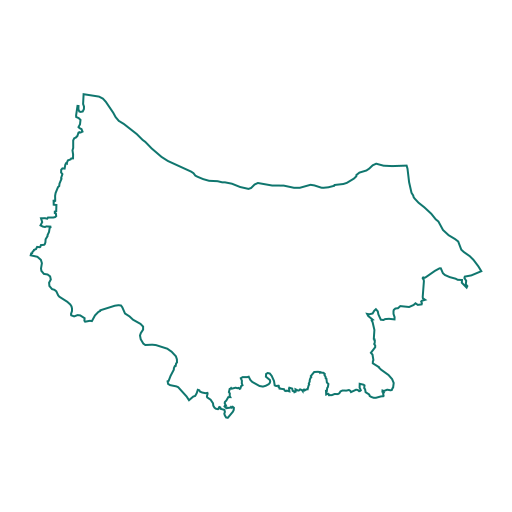 Rajbari, Dhaka, Bangladesh
{"feature_id": "16705992B48875454234518", "entity_name": "Rajbari", "entity_type": "district", "adm_level": 2, "iso_a3": "BGD", "parent_name": "Bangladesh", "parent_adm1": "Dhaka", "projection": "robinson", "projection_center": [89.601, 23.735], "detail": "fine", "context": "isolated", "style": "outline", "palette": "teal", "viewbox_px": 512, "rotation_deg": 0, "n_neighbors": 0, "source": "geoboundaries", "source_scale": "gbopen_adm2", "svg_char_len": 5996}
<svg xmlns="http://www.w3.org/2000/svg" viewBox="0 0 512 512"><path d="M481.3,271.2L478.4,266.4L473.5,259.9L469.8,256.2L463.8,252.0L461.3,249.7L458.2,241.5L455.1,239.1L448.6,235.2L443.0,230.0L438.4,221.5L435.7,219.3L431.3,213.8L424.3,207.3L418.5,202.7L414.5,198.4L413.6,197.1L413.2,195.5L411.5,192.8L409.1,182.2L407.5,168.7L406.6,165.6L392.3,166.1L383.6,165.7L376.2,163.7L372.7,165.3L369.1,168.7L366.4,170.5L359.4,172.6L356.4,175.0L356.3,176.3L353.9,178.6L346.8,182.9L343.3,184.0L334.5,185.0L334.2,185.8L328.3,187.3L323.3,187.8L321.4,187.7L314.3,185.4L310.5,184.8L299.8,187.8L294.0,187.8L283.7,185.6L272.0,185.5L257.9,183.0L254.6,184.5L251.1,188.0L248.5,188.9L240.1,187.0L231.9,183.7L224.8,182.3L222.1,182.3L217.6,181.2L209.1,180.8L203.1,179.1L197.4,176.7L195.3,175.6L193.5,173.2L191.1,171.6L167.9,161.0L161.5,156.9L151.6,148.4L145.3,141.9L142.6,139.9L136.8,134.1L123.9,124.0L118.8,120.9L115.6,117.1L113.2,112.7L105.9,101.9L102.9,98.6L99.0,96.6L83.6,94.2L83.1,104.0L84.0,106.6L83.9,109.1L82.7,111.5L80.6,111.9L79.3,111.5L78.4,109.3L78.5,106.0L77.5,105.9L76.1,115.3L76.2,117.0L78.7,118.1L80.5,119.9L80.0,124.3L78.5,127.1L79.6,128.2L81.5,129.1L82.5,131.6L80.6,132.5L79.7,132.6L79.3,132.2L78.5,132.6L77.3,136.2L76.5,136.6L76.3,137.3L74.2,138.3L73.2,140.4L73.2,148.0L72.5,150.3L73.1,154.6L73.0,158.4L71.2,158.5L70.6,159.4L67.9,160.4L66.9,162.7L66.9,163.6L66.0,163.3L65.3,164.7L64.6,168.6L62.4,168.4L61.2,169.8L61.1,172.5L62.4,174.1L61.1,178.1L61.5,178.8L59.5,183.6L59.2,186.1L58.0,187.1L55.6,193.0L55.1,195.8L55.2,200.9L54.6,201.3L54.3,200.6L53.6,200.7L53.7,204.7L56.4,205.0L56.2,211.2L54.8,211.6L54.8,213.1L55.9,213.6L56.2,216.1L55.1,217.1L53.4,217.5L48.0,217.5L47.2,218.7L45.0,218.2L41.0,218.3L42.2,222.1L40.5,225.4L42.9,226.6L45.0,227.0L46.4,226.4L50.4,226.6L50.5,227.3L49.7,227.7L49.0,232.0L47.5,235.2L47.6,236.0L45.6,239.3L45.4,242.4L44.7,244.3L44.1,244.8L40.9,245.1L40.3,246.9L39.8,247.2L37.1,246.9L36.0,249.1L34.0,249.9L33.9,250.5L32.6,251.7L32.2,253.1L31.2,253.4L30.7,255.3L37.4,256.8L40.9,259.9L41.9,263.2L41.0,268.5L41.4,270.9L43.9,273.9L47.6,274.5L50.1,276.4L50.8,279.5L49.1,282.7L49.4,286.0L52.0,289.1L54.4,289.8L56.3,291.3L58.2,295.4L59.3,296.7L67.3,301.8L70.3,304.5L71.5,306.4L72.0,308.5L72.0,311.0L71.0,314.0L71.2,315.3L74.1,316.4L77.6,315.1L80.2,315.4L84.6,318.2L84.4,320.7L85.1,321.7L89.9,320.8L91.9,321.1L95.0,315.4L98.4,311.9L100.2,311.0L100.3,310.3L114.9,305.7L118.5,305.2L121.0,305.5L122.3,307.3L125.0,313.5L129.5,316.4L133.0,319.7L140.5,323.9L143.1,326.6L143.1,329.6L140.8,333.1L140.0,335.5L140.7,339.2L143.3,343.6L145.3,345.0L152.3,344.7L156.0,345.1L167.3,348.7L171.7,351.8L175.9,356.3L176.9,359.3L177.0,362.4L176.1,363.5L175.6,366.0L174.8,366.1L173.9,368.2L173.8,369.7L170.6,375.8L168.6,380.9L167.6,381.3L168.1,383.9L170.0,385.1L176.4,386.4L178.2,387.2L186.6,396.5L189.0,400.2L193.2,396.6L195.2,395.9L196.7,393.2L197.8,389.8L199.3,390.3L200.0,391.6L202.1,392.5L205.5,393.2L207.4,392.9L207.6,393.7L206.9,396.3L207.2,397.4L210.6,399.7L213.0,403.3L213.3,405.7L214.5,407.7L215.8,408.7L218.0,409.2L218.6,408.8L218.9,407.4L219.4,407.0L220.3,407.4L220.8,408.9L224.4,409.8L224.9,411.9L224.3,413.8L224.9,415.5L226.1,417.5L227.8,417.8L232.9,411.7L233.7,410.0L233.9,407.8L232.7,406.8L231.8,407.7L231.0,406.9L230.4,407.6L226.4,408.2L224.5,406.4L224.9,405.7L226.0,405.7L224.7,403.2L224.9,402.0L226.3,400.6L228.3,397.1L230.3,397.1L229.7,395.9L229.8,393.4L228.9,392.1L229.7,388.9L230.5,388.7L231.1,388.0L231.7,388.7L235.6,387.7L237.4,388.2L238.6,387.9L239.6,388.9L240.3,388.6L241.2,386.0L242.5,385.3L241.8,383.3L241.9,380.7L240.8,378.2L242.7,377.1L247.3,377.1L248.7,376.7L250.3,379.9L252.2,381.9L259.5,386.0L262.9,386.6L265.7,385.8L268.7,384.2L269.8,382.9L270.2,381.6L269.9,380.0L265.9,376.7L266.1,374.0L267.7,373.0L269.8,373.5L271.7,375.9L274.0,381.0L274.7,385.4L276.1,386.0L278.6,385.7L278.9,386.1L278.7,387.3L279.6,388.0L279.6,388.6L284.0,389.2L284.8,390.7L286.0,391.1L286.8,390.6L289.4,391.4L289.0,388.4L289.3,387.7L292.2,388.6L292.7,390.9L294.1,391.3L294.4,392.2L295.7,391.6L295.5,389.3L298.1,390.6L299.1,390.4L300.0,389.4L300.6,389.5L302.1,390.3L302.8,391.3L303.0,390.2L303.7,389.6L304.4,389.6L304.7,390.4L306.9,389.2L307.6,389.3L308.6,385.4L309.2,384.6L308.8,383.7L309.7,381.5L309.7,380.3L310.3,378.3L311.3,377.1L310.8,376.1L314.2,372.0L318.0,371.8L319.5,372.0L320.0,372.8L320.7,372.2L321.7,372.7L323.5,372.8L324.8,374.0L324.4,374.9L325.6,376.9L325.7,378.3L326.4,378.7L326.9,382.5L328.4,384.0L327.9,387.0L327.2,388.0L326.8,391.2L326.0,391.0L326.2,394.5L328.0,393.7L328.9,394.4L329.0,395.2L331.9,395.1L334.6,394.0L337.8,394.1L339.3,393.3L340.5,391.4L342.5,390.5L346.5,390.6L348.9,390.0L350.3,390.8L351.0,392.1L356.1,389.7L357.8,390.0L359.1,391.2L359.8,391.1L360.8,390.3L359.6,387.6L359.7,383.8L363.5,384.7L364.5,385.4L364.2,388.1L365.1,389.3L365.6,392.2L369.2,394.5L369.7,396.0L371.4,397.0L373.7,397.8L375.9,397.8L381.0,396.4L383.4,396.2L383.6,395.8L383.1,393.7L383.8,392.6L382.4,391.8L382.5,390.5L383.9,391.0L387.2,389.7L390.6,390.3L391.8,390.0L392.5,388.2L393.1,387.6L393.7,383.0L392.1,379.1L388.5,375.0L381.0,369.6L378.8,367.4L378.9,367.1L372.8,363.3L372.9,361.2L373.4,360.1L372.5,354.6L370.9,352.8L375.2,347.2L375.2,345.5L374.2,344.0L374.7,343.0L374.8,340.5L374.3,340.0L374.5,339.3L373.8,338.9L374.4,330.0L372.6,322.2L371.6,320.4L371.7,320.0L372.7,319.7L368.2,316.0L367.1,313.9L369.2,314.3L372.6,313.5L374.2,310.8L375.9,309.2L377.8,311.4L378.4,314.4L380.8,319.7L383.4,320.0L385.1,319.1L389.0,318.8L394.5,319.4L394.6,317.2L393.5,313.9L393.5,311.1L393.8,309.9L395.4,308.5L398.0,308.2L400.3,306.1L409.1,307.0L413.6,305.0L415.5,303.3L417.8,304.9L421.6,304.4L421.9,303.2L421.2,301.5L421.8,300.8L425.1,299.8L422.9,298.3L422.7,297.0L423.9,281.2L423.7,279.8L422.7,278.3L422.8,277.8L423.2,277.4L424.7,277.8L426.1,277.0L435.0,270.8L439.6,268.3L440.8,268.3L442.9,273.2L444.9,275.0L449.7,277.1L455.6,278.7L457.7,279.8L462.0,280.0L461.8,282.7L466.6,287.6L467.3,286.1L465.8,284.3L466.2,280.8L464.4,278.0L464.8,276.6L471.3,275.4L481.3,271.2Z" fill="none" stroke="#0f766e" stroke-width="2"/></svg>